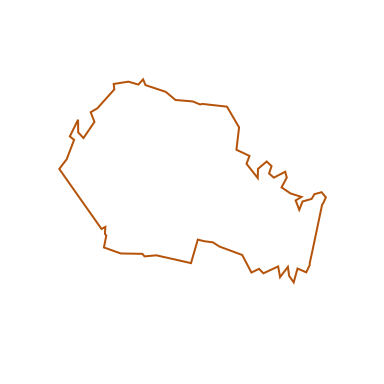 Knox, Tennessee, United States of America, rotated 233°
{"feature_id": "52423323B15791543684025", "entity_name": "Knox", "entity_type": "district", "adm_level": 2, "iso_a3": "USA", "parent_name": "United States of America", "parent_adm1": "Tennessee", "projection": "mercator", "projection_center": [-83.983, 35.991], "detail": "fine", "context": "isolated", "style": "outline", "palette": "amber", "viewbox_px": 384, "rotation_deg": 233, "n_neighbors": 0, "source": "geoboundaries", "source_scale": "gbopen_adm2", "svg_char_len": 1068}
<svg xmlns="http://www.w3.org/2000/svg" viewBox="0 0 384 384"><g transform="rotate(233 192 192)"><path d="M200.7,88.3L185.8,98.1L172.5,115.1L169.1,115.4L162.9,125.4L135.8,148.4L150.5,168.0L145.6,171.9L139.2,178.4L132.1,181.0L111.5,194.2L91.9,191.0L90.3,199.3L84.1,200.1L80.7,216.0L71.0,211.1L74.5,223.5L66.5,219.1L58.6,218.8L67.4,230.2L59.1,234.9L62.7,241.9L64.6,243.5L72.4,252.6L91.8,274.8L103.5,288.2L104.3,290.5L107.2,295.7L113.8,295.4L116.6,288.5L114.5,283.4L117.9,274.6L113.2,266.9L122.9,269.7L122.2,276.5L131.4,269.9L141.8,266.3L146.5,276.4L152.1,278.6L154.2,266.0L160.4,264.7L164.8,271.1L171.4,270.0L170.8,258.6L163.5,252.9L181.7,252.5L186.2,259.6L199.0,252.9L215.3,268.5L239.1,271.3L256.2,253.2L257.0,251.2L263.9,247.1L275.4,234.2L287.8,231.3L305.3,219.2L311.4,220.7L310.1,213.8L318.4,207.6L325.4,194.5L320.7,191.7L315.8,166.8L316.7,159.1L306.7,156.3L300.4,137.8L308.1,137.0L318.3,144.5L309.9,127.9L304.6,129.2L293.6,111.7L290.3,99.9L267.0,99.1L216.9,97.5L216.3,101.8L211.0,97.3L208.8,97.3L200.7,88.3Z" fill="none" stroke="#b45309" stroke-width="2"/></g></svg>